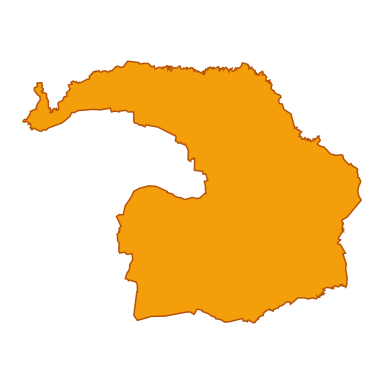 Wang Sai Phun, Phichit, Thailand (orthographic projection)
{"feature_id": "78962969B2905707745355", "entity_name": "Wang Sai Phun", "entity_type": "district", "adm_level": 2, "iso_a3": "THA", "parent_name": "Thailand", "parent_adm1": "Phichit", "projection": "orthographic", "projection_center": [100.528, 16.38], "detail": "fine", "context": "isolated", "style": "filled", "palette": "amber", "viewbox_px": 384, "rotation_deg": 0, "n_neighbors": 0, "source": "geoboundaries", "source_scale": "gbopen_adm2", "svg_char_len": 5856}
<svg xmlns="http://www.w3.org/2000/svg" viewBox="0 0 384 384"><path d="M137.4,320.4L151.5,316.4L164.9,316.1L186.3,312.1L190.1,312.0L194.1,314.4L197.1,309.1L202.2,310.2L202.2,311.4L208.9,313.9L211.4,316.0L215.5,317.2L215.5,318.6L220.9,319.7L224.6,322.1L229.6,321.7L242.4,318.5L243.3,321.1L246.9,321.1L247.3,321.7L248.2,319.9L253.2,322.8L255.2,322.4L255.2,321.5L257.6,319.5L257.6,318.7L258.5,318.9L258.7,317.5L260.8,316.0L263.2,315.5L263.7,312.9L266.6,310.6L269.3,309.0L270.3,310.3L271.0,310.0L273.2,311.2L273.5,309.7L278.4,307.8L279.6,305.9L281.5,305.8L284.3,304.0L285.6,302.3L289.6,301.8L290.4,304.3L298.1,297.8L305.0,297.9L308.3,299.0L312.2,297.9L316.3,298.8L317.8,297.3L317.2,295.9L319.6,297.3L320.0,295.1L320.6,295.4L320.9,294.7L321.1,295.5L321.7,295.2L321.6,293.9L322.0,294.6L322.7,294.2L322.4,293.5L323.2,294.1L323.0,293.4L324.1,293.3L323.1,292.3L324.0,290.4L323.3,289.4L324.6,290.0L324.2,289.1L325.8,287.5L329.4,287.6L331.9,288.7L332.1,288.0L333.3,288.3L332.6,287.3L333.6,287.5L334.9,285.9L338.0,286.9L339.6,286.2L339.9,284.9L340.8,285.4L341.7,284.4L342.2,285.7L343.1,286.2L343.5,285.5L345.8,287.4L346.7,284.6L347.1,277.4L345.8,270.1L345.7,266.3L346.4,264.6L342.9,253.9L345.4,253.2L340.2,244.2L338.0,244.3L337.6,242.8L340.5,239.9L338.2,238.9L338.6,237.5L342.4,231.8L343.5,231.7L342.5,230.4L343.8,229.6L343.7,229.0L342.0,228.8L342.8,226.9L342.3,226.4L342.5,225.0L343.2,224.2L342.7,223.5L343.2,223.1L341.6,221.4L342.4,219.8L347.2,217.0L361.0,200.4L360.6,198.5L359.2,197.5L357.8,191.1L358.5,186.8L360.7,181.8L359.3,178.0L357.7,177.1L358.0,175.0L357.1,171.8L357.6,169.6L357.0,168.5L352.6,166.0L350.9,163.6L349.1,164.9L343.7,159.1L342.7,155.2L341.4,154.8L336.3,155.4L330.7,154.1L324.1,147.1L319.9,146.0L317.3,144.0L320.3,140.4L318.5,137.5L319.2,136.2L317.6,136.3L317.1,137.9L314.9,138.9L314.9,140.1L313.3,138.9L313.0,140.6L310.6,141.7L310.4,139.8L308.1,140.5L308.7,139.0L308.2,138.6L307.6,138.6L307.5,140.2L306.7,140.2L305.1,137.9L305.3,137.0L304.0,139.4L302.7,138.4L301.9,139.0L301.0,136.8L300.0,136.0L299.2,136.3L299.8,135.3L299.3,134.1L300.4,133.7L301.5,131.5L300.1,131.6L298.8,129.8L297.7,129.9L296.6,128.7L297.1,127.4L295.6,127.4L295.6,128.3L294.8,128.4L290.9,113.9L284.0,109.5L282.2,104.0L279.3,103.6L278.5,99.9L280.9,97.3L280.7,95.9L279.0,94.6L276.2,93.9L274.0,91.7L274.2,91.0L271.3,89.1L271.3,86.3L272.1,85.1L271.0,83.9L270.9,82.6L269.7,82.3L269.5,83.1L268.1,82.0L269.8,80.9L269.9,80.2L266.0,81.1L266.2,77.4L266.7,77.1L264.5,74.5L262.2,74.8L263.2,72.7L262.5,71.3L259.7,73.0L258.6,75.4L258.0,75.5L255.5,73.7L257.0,73.6L255.0,72.1L255.2,70.7L253.8,70.5L253.5,69.2L251.7,68.8L251.7,67.2L248.8,68.9L248.5,67.9L249.3,66.2L247.9,65.6L248.0,64.4L242.5,62.9L241.0,66.4L239.6,67.8L236.8,68.1L236.6,69.7L235.4,68.2L233.6,71.5L231.6,70.6L232.1,68.3L229.5,69.3L229.0,71.6L226.4,67.5L225.7,67.4L223.4,70.1L223.3,69.1L224.1,68.3L222.7,67.5L219.3,70.9L218.7,70.1L219.9,68.5L218.4,67.8L218.8,66.9L218.1,66.7L215.0,68.5L213.8,68.3L213.7,66.7L212.8,69.0L211.5,67.5L209.9,67.2L209.4,68.7L208.1,67.8L207.4,70.0L205.6,69.1L205.1,71.9L203.7,71.0L202.8,71.7L204.6,73.2L204.5,74.2L203.6,74.5L201.2,72.4L200.5,72.8L198.7,71.4L197.5,71.8L197.5,71.0L196.1,70.9L195.1,69.6L194.2,71.1L192.8,67.9L190.9,67.6L189.3,68.9L186.6,67.5L186.5,69.1L183.9,67.9L182.9,69.1L181.5,69.0L180.7,68.6L180.2,66.3L179.5,66.0L176.6,68.1L172.7,67.6L171.1,70.9L169.7,69.2L171.6,66.4L169.6,66.4L167.9,69.8L167.5,67.0L168.4,66.2L166.7,65.8L165.6,67.0L162.9,67.2L163.0,68.6L160.2,67.2L157.2,67.8L155.6,68.9L154.7,68.4L154.1,65.9L151.8,66.8L148.1,63.4L143.2,63.4L140.0,64.1L138.9,62.6L127.6,61.2L123.4,66.8L120.9,67.4L117.4,66.1L115.4,67.1L112.0,70.7L110.1,70.8L108.5,72.2L105.6,70.9L103.3,71.0L101.3,72.1L99.8,72.0L99.0,70.7L97.7,71.5L96.0,70.9L95.4,71.9L93.3,71.8L92.3,73.8L91.4,73.8L91.2,74.8L89.8,75.6L89.2,76.8L89.7,78.3L89.3,79.1L87.1,79.2L80.9,82.7L79.7,82.2L78.1,83.5L76.4,81.6L74.8,82.2L73.5,81.1L72.3,81.4L71.1,82.3L72.2,83.9L68.5,85.0L70.0,89.4L66.4,92.8L66.8,96.1L66.3,96.8L65.0,96.5L63.5,97.4L63.5,99.3L61.9,100.9L59.0,102.1L58.0,103.4L58.8,109.1L57.7,109.9L56.5,108.6L56.1,110.1L54.7,108.5L53.4,108.9L52.5,109.6L52.9,111.9L50.7,112.8L49.9,112.2L51.2,110.7L50.1,109.6L50.4,108.1L48.6,108.0L48.2,100.5L46.7,97.6L46.5,93.9L45.3,93.0L41.9,92.7L41.7,90.9L42.8,91.1L43.4,89.8L43.1,88.4L41.8,87.7L42.3,85.7L41.7,82.6L37.0,83.1L37.4,86.6L34.6,87.6L34.2,90.1L37.5,94.7L39.8,96.3L40.3,99.8L37.6,103.6L36.2,107.4L36.5,108.8L30.5,111.3L30.4,113.3L26.6,119.4L24.3,119.6L23.0,121.4L24.2,122.1L26.7,121.4L28.8,122.7L28.3,124.3L30.4,123.8L31.0,127.4L30.2,127.7L32.0,129.9L33.7,128.1L39.8,131.2L41.4,131.2L43.5,129.9L46.3,129.9L48.4,128.0L62.2,122.8L69.8,116.6L71.7,112.5L74.2,112.6L78.3,110.6L92.0,109.4L101.0,109.8L110.3,108.1L111.4,111.9L114.6,111.2L119.5,111.8L119.6,111.0L126.2,110.4L128.1,112.0L133.6,111.9L133.9,121.9L134.5,122.9L138.4,123.9L138.8,124.9L141.3,125.3L142.4,124.7L143.0,126.0L145.1,126.8L146.0,124.9L157.7,127.0L176.1,136.3L175.4,141.0L176.6,141.2L177.9,143.0L179.9,143.2L180.9,142.2L182.3,144.1L183.6,144.0L184.4,144.8L185.2,144.2L186.4,146.1L188.4,150.8L188.0,159.7L190.6,161.4L191.1,159.5L193.9,158.2L193.8,159.3L194.7,159.3L194.4,170.3L202.6,171.4L203.0,174.2L205.7,173.8L207.8,180.4L204.3,181.4L205.9,188.3L205.3,188.6L205.9,193.4L204.6,193.5L199.8,198.1L196.9,198.5L192.1,197.5L184.9,199.6L181.6,198.0L175.9,196.9L172.6,194.1L167.0,192.4L167.2,191.4L156.1,186.4L148.8,185.8L139.5,188.3L133.8,191.3L130.9,197.5L125.3,205.7L123.2,214.7L119.3,214.6L116.5,216.5L121.0,226.3L119.4,228.1L119.2,229.3L120.0,230.1L118.7,231.2L119.3,232.3L117.2,234.1L117.7,240.8L119.1,243.1L118.9,251.4L119.7,253.1L124.6,252.1L126.9,254.4L132.1,253.7L132.7,259.9L129.7,264.6L129.6,268.5L128.0,272.1L127.4,272.1L125.2,278.6L127.9,279.4L128.4,280.7L129.8,280.2L135.7,281.9L137.2,283.8L137.5,291.4L136.9,291.5L133.9,314.5L134.4,316.3L137.4,320.4Z" fill="#f59e0b" stroke="#b45309" stroke-width="1.5"/></svg>